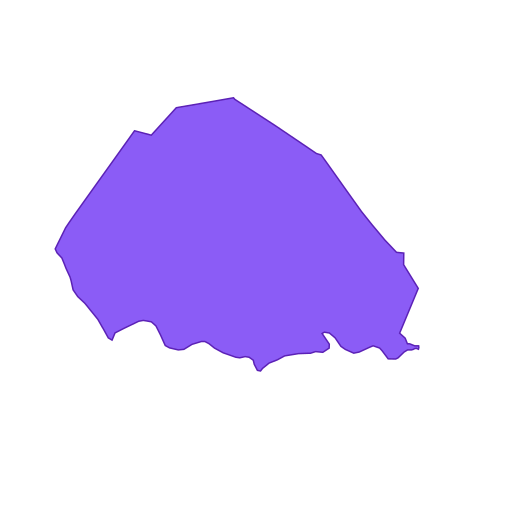 the district of Abu Hujar, Sennar, Sudan, rotated 114°
{"feature_id": "16777658B38113510529879", "entity_name": "Abu Hujar", "entity_type": "district", "adm_level": 2, "iso_a3": "SDN", "parent_name": "Sudan", "parent_adm1": "Sennar", "projection": "robinson", "projection_center": [34.02, 12.663], "detail": "fine", "context": "isolated", "style": "filled", "palette": "violet", "viewbox_px": 512, "rotation_deg": 114, "n_neighbors": 0, "source": "geoboundaries", "source_scale": "gbopen_adm2", "svg_char_len": 1629}
<svg xmlns="http://www.w3.org/2000/svg" viewBox="0 0 512 512"><g transform="rotate(114 256 256)"><path d="M391.4,353.3L391.2,353.3L390.8,353.3L383.6,353.5L375.8,347.2L363.3,336.6L360.7,332.8L359.7,329.1L358.7,324.8L360.6,318.9L366.9,311.2L374.7,302.5L375.1,297.6L373.4,288.8L370.6,283.9L362.7,278.5L356.3,271.1L354.9,267.9L355.2,263.3L357.0,256.5L357.8,246.6L357.3,240.9L356.7,233.3L355.6,229.4L352.3,225.0L351.3,221.1L352.3,216.1L355.6,213.6L359.9,208.2L359.2,205.1L356.0,204.3L348.5,200.5L342.1,194.2L335.6,189.2L327.9,177.5L323.6,168.7L322.7,166.7L319.1,162.7L316.8,155.8L310.4,151.7L306.7,153.2L299.9,164.1L297.8,162.6L296.5,157.6L298.6,150.4L304.0,141.7L305.0,136.4L305.0,127.2L301.8,122.7L293.6,115.5L290.4,112.5L289.8,105.6L291.3,102.2L296.2,93.4L293.3,86.5L291.3,84.8L283.4,81.6L280.1,79.3L278.5,75.7L277.4,74.4L276.1,73.4L275.2,72.1L275.1,69.7L273.4,70.0L271.9,70.9L273.5,74.4L273.7,79.9L274.6,82.0L270.4,86.3L268.1,93.4L219.6,94.6L203.9,117.6L193.2,122.2L195.5,129.1L189.1,144.6L180.2,162.8L172.5,177.7L158.9,200.8L142.5,228.5L137.2,237.6L137.8,242.5L136.5,249.6L129.2,290.7L121.5,339.1L120.6,340.9L132.8,359.0L152.9,389.1L188.2,400.8L191.0,417.9L221.4,424.1L256.5,431.3L287.9,437.7L290.3,438.2L301.3,440.3L307.6,441.4L322.8,442.0L325.1,442.1L331.2,442.3L334.0,439.1L334.1,438.9L334.8,437.3L336.8,432.5L341.4,427.7L344.3,424.8L345.9,423.0L350.9,417.3L352.3,416.1L354.0,414.7L361.2,409.4L361.4,409.2L365.6,402.3L366.5,399.7L368.7,393.4L370.2,390.3L372.7,385.5L373.7,383.5L378.2,374.7L379.3,373.2L383.8,367.1L384.1,366.6L385.3,365.0L390.9,357.6L391.4,353.3Z" fill="#8b5cf6" stroke="#5b21b6" stroke-width="1.5"/></g></svg>